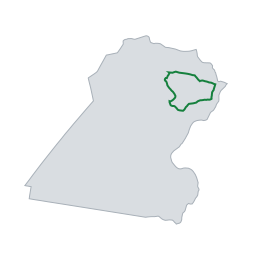 where Mizdah sits in Libya, rotated 105°
{"feature_id": "LBY-2976", "entity_name": "Mizdah", "entity_type": "Municipality", "adm_level": 1, "iso_a3": "LBY", "parent_name": "Libya", "parent_adm1": "", "projection": "albers", "projection_center": [13.169, 30.372], "detail": "fine", "context": "in_parent", "style": "outline", "palette": "green", "viewbox_px": 256, "rotation_deg": 105, "n_neighbors": 0, "source": "natural_earth", "source_scale": "10m", "svg_char_len": 4195}
<svg xmlns="http://www.w3.org/2000/svg" viewBox="0 0 256 256"><g transform="rotate(105 128 128)"><path d="M36.9,81.1L38.2,80.5L40.1,79.8L41.1,79.2L41.5,78.7L43.0,76.8L43.8,75.7L44.8,74.2L45.3,73.2L45.3,72.2L45.2,71.0L44.5,68.2L43.9,65.5L44.4,64.4L44.8,63.9L45.7,62.7L46.1,62.4L48.0,62.1L48.7,61.2L49.3,60.2L49.5,59.6L50.3,59.0L51.3,58.5L51.9,57.7L53.9,56.6L55.6,55.5L57.7,54.4L59.3,53.6L59.7,52.8L59.7,52.1L58.8,50.6L58.9,48.8L58.9,47.3L59.0,46.5L59.5,44.0L59.5,43.7L61.1,44.5L62.8,44.9L67.8,47.9L69.4,48.3L72.9,48.7L77.1,47.5L78.6,47.3L81.4,48.4L82.6,48.7L84.6,48.8L88.1,49.8L89.0,50.2L91.0,51.9L92.0,52.4L99.2,53.8L100.2,54.8L101.2,56.7L101.3,59.1L101.9,60.9L102.9,63.2L104.0,64.8L105.2,66.1L106.6,66.9L109.9,68.0L113.5,68.4L117.1,68.5L123.4,70.0L128.8,71.7L130.1,72.7L132.8,73.5L138.3,77.9L141.4,79.4L143.5,79.6L145.3,79.2L148.5,77.4L149.8,76.4L152.9,72.1L153.9,70.0L154.2,68.5L154.0,67.0L153.5,65.7L152.5,64.3L151.8,62.5L151.2,59.2L151.6,56.8L152.1,55.4L153.0,53.9L155.5,51.0L158.1,48.9L162.7,46.1L165.5,45.8L166.6,45.5L168.7,43.6L169.7,43.4L171.0,43.8L174.7,43.3L176.4,43.7L178.4,44.6L181.0,45.1L182.8,45.6L184.8,46.4L185.4,48.5L185.2,49.2L185.2,50.0L187.3,51.4L192.9,51.5L194.1,51.8L195.7,52.9L196.7,53.1L200.5,52.9L202.7,52.4L204.9,52.6L205.7,52.9L206.6,53.7L207.8,55.8L208.3,56.5L207.9,56.9L207.4,57.7L207.1,58.5L206.2,59.7L205.5,61.0L205.7,62.7L206.1,64.4L206.8,66.1L207.5,68.0L207.5,69.2L207.3,70.8L206.9,72.1L205.5,75.0L205.3,75.6L205.5,76.5L206.8,79.5L207.0,80.5L207.9,83.5L208.8,85.9L209.6,87.8L209.7,88.3L210.0,91.2L210.3,94.1L210.6,97.0L210.9,99.8L211.2,102.7L211.5,105.6L211.8,108.4L212.1,111.3L212.4,114.2L212.7,117.0L213.0,119.9L213.3,122.8L213.6,125.6L213.9,128.5L214.2,131.4L214.5,134.2L214.8,137.1L215.1,139.9L215.4,142.8L215.7,145.7L216.0,148.5L216.3,151.4L216.6,154.2L216.9,157.1L217.2,159.9L217.5,162.8L217.8,165.7L218.1,168.5L218.4,171.4L218.7,174.2L219.0,177.0L219.3,179.9L220.0,186.2L220.6,192.5L221.3,198.8L221.9,205.1L218.8,205.5L215.8,205.8L212.8,206.1L209.7,206.4L209.9,207.9L210.0,209.5L210.2,211.1L210.3,212.7L204.2,210.2L198.1,207.8L192.0,205.3L185.9,202.8L179.8,200.2L173.8,197.6L167.8,195.0L161.8,192.4L155.9,189.7L149.9,187.1L144.0,184.3L138.1,181.6L132.3,178.8L126.4,176.0L120.6,173.2L114.8,170.4L110.8,168.4L106.6,170.5L103.3,172.2L99.0,174.4L94.0,177.2L90.1,179.3L89.9,179.3L89.7,179.2L85.7,175.7L82.5,173.0L81.1,172.2L75.2,170.8L69.3,169.3L63.2,167.8L62.1,165.5L60.8,163.0L59.2,159.8L58.2,157.9L57.8,157.6L53.2,155.9L48.2,154.3L45.3,155.2L44.8,155.1L44.0,154.5L43.2,153.7L42.8,152.6L41.7,151.1L40.7,147.8L40.7,145.1L40.5,144.2L38.0,140.3L35.8,136.9L34.3,134.5L34.1,133.5L34.3,132.2L34.9,131.1L37.2,129.9L39.3,128.5L39.6,127.5L39.8,124.7L39.2,123.8L38.7,122.1L38.3,119.9L38.3,118.4L39.3,115.6L40.4,112.7L39.8,109.3L39.5,102.7L40.0,97.5L39.8,95.5L39.7,94.7L39.1,92.3L38.3,89.7L38.0,88.8L37.0,86.7L35.4,84.1L34.5,82.5L35.8,81.7L36.9,81.1Z" fill="#d9dde1" stroke="#a8b0b8" stroke-width="1"/><path d="M73.6,55.7L75.2,55.4L76.1,55.4L77.3,55.2L77.6,55.0L78.3,54.9L78.8,55.5L79.5,56.4L79.8,57.6L79.9,58.4L80.5,59.5L80.9,61.4L81.6,62.8L82.1,64.0L82.5,65.3L83.1,66.2L84.3,67.7L85.0,68.1L85.6,68.5L85.8,68.7L87.3,71.4L88.3,73.9L88.9,75.4L90.5,76.3L91.6,76.7L92.8,77.5L95.3,78.2L96.1,78.6L97.1,79.3L97.4,81.2L97.6,82.9L97.6,84.3L97.0,85.3L96.3,86.1L96.2,86.4L95.8,87.0L95.2,88.0L94.9,88.7L94.9,89.6L95.2,90.5L95.2,91.6L95.1,92.2L94.7,92.9L93.8,93.5L92.4,94.5L91.4,94.8L91.5,94.1L90.9,93.4L89.9,92.4L88.7,91.5L87.3,90.8L86.6,90.4L85.7,90.3L84.7,90.5L83.5,91.6L82.9,92.1L82.2,93.0L81.3,94.1L80.8,95.3L80.2,96.2L79.5,97.1L78.9,98.2L77.8,99.6L76.7,100.9L75.4,101.6L74.4,102.2L73.8,102.6L73.1,103.2L72.8,104.1L72.0,104.9L70.8,104.9L69.9,104.4L69.8,103.4L69.1,103.3L68.2,103.2L67.3,103.1L66.0,102.5L65.4,102.5L64.0,102.0L63.7,102.7L63.3,100.4L63.1,99.3L62.1,97.9L61.2,96.4L61.3,92.8L60.9,90.0L60.5,87.0L60.2,84.2L60.1,81.6L60.2,79.3L59.9,77.6L60.0,76.9L60.6,76.3L61.5,74.8L63.1,72.7L64.1,70.8L63.9,70.7L63.4,69.6L62.9,68.6L62.8,67.5L62.9,65.8L62.8,64.6L62.8,63.0L63.0,61.7L62.9,60.8L62.7,59.4L62.9,57.8L63.2,56.5L63.2,55.0L66.3,55.1L67.9,55.2L69.1,55.1L70.0,55.5L70.9,55.7L71.7,56.0L72.2,55.9L72.7,55.8L73.6,55.7Z" fill="none" stroke="#15803d" stroke-width="2"/></g></svg>